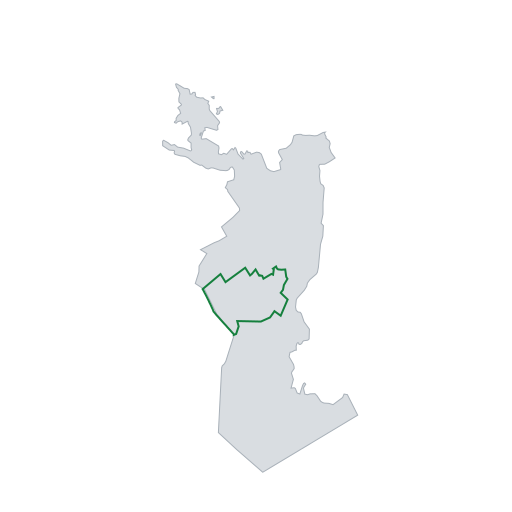 Uchkuduk, Navoi, Uzbekistan (highlighted), rotated 239°
{"feature_id": "79887680B40306907655933", "entity_name": "Uchkuduk", "entity_type": "district", "adm_level": 2, "iso_a3": "UZB", "parent_name": "Uzbekistan", "parent_adm1": "Navoi", "projection": "mercator", "projection_center": [63.246, 42.277], "detail": "fine", "context": "in_parent", "style": "outline", "palette": "green", "viewbox_px": 512, "rotation_deg": 239, "n_neighbors": 0, "source": "geoboundaries", "source_scale": "gbopen_adm2", "svg_char_len": 4877}
<svg xmlns="http://www.w3.org/2000/svg" viewBox="0 0 512 512"><g transform="rotate(239 256 256)"><path d="M391.5,236.2L398.6,232.8L402.5,235.1L402.8,236.4L398.5,238.9L394.6,240.3L393.5,243.5L389.7,244.9L385.8,249.4L379.8,253.9L379.7,254.8L380.2,255.6L382.2,256.1L386.2,258.5L390.0,257.1L390.9,257.5L391.9,258.9L393.0,262.9L394.7,264.0L400.2,266.2L404.4,266.2L406.4,267.0L406.8,266.6L407.1,260.6L408.8,261.6L410.7,260.9L411.4,257.9L411.0,255.9L412.4,254.8L413.1,255.5L413.2,257.3L415.2,258.5L416.7,261.5L417.1,264.9L420.9,265.8L422.3,265.2L423.4,265.5L423.9,269.9L424.5,270.2L427.8,269.3L430.9,271.1L434.3,274.4L438.1,274.6L438.9,275.2L441.6,274.7L444.7,275.6L444.8,276.1L444.3,276.8L436.8,280.8L434.7,283.5L433.1,284.4L428.6,282.9L427.9,284.6L428.7,286.2L427.7,288.0L425.4,287.3L424.9,286.5L422.7,286.9L420.1,289.7L418.8,292.1L416.4,292.8L413.0,295.2L411.6,293.3L409.2,293.5L406.1,291.6L404.5,291.3L390.2,293.8L389.0,293.4L387.5,290.2L384.0,288.5L384.1,286.9L391.5,280.2L392.3,278.2L389.8,277.1L390.2,275.3L385.5,269.9L384.6,269.6L384.0,269.8L382.2,273.8L369.5,280.6L367.6,279.9L364.7,277.4L362.9,276.5L360.6,278.6L360.7,281.2L358.3,283.2L360.5,290.1L360.3,291.0L358.6,291.3L359.8,293.9L358.8,294.2L352.7,293.1L345.7,294.7L345.9,295.8L352.2,295.6L353.0,296.1L353.2,297.0L352.8,297.5L349.5,298.1L349.1,299.2L350.9,302.2L350.1,302.9L348.9,302.3L348.0,304.2L345.8,304.2L344.7,310.0L342.9,312.1L340.6,313.0L325.6,310.4L321.7,312.2L319.1,314.8L317.5,321.2L317.6,321.9L324.0,324.4L325.1,328.2L332.8,328.5L334.1,329.1L334.7,330.1L335.0,331.2L332.8,337.4L333.7,342.9L334.9,345.5L339.5,350.3L339.3,352.9L338.2,355.3L337.0,357.3L335.6,358.2L333.7,360.8L332.0,364.0L328.8,368.1L327.7,370.5L327.3,377.2L326.5,379.2L326.3,378.4L325.2,377.7L321.8,377.4L321.2,376.6L316.8,378.1L314.1,377.4L311.3,374.7L306.0,373.7L299.3,374.3L299.0,367.3L299.3,362.2L301.6,358.1L301.6,357.3L300.4,355.9L296.3,354.8L291.6,351.5L287.1,349.4L284.6,348.7L281.8,349.9L279.2,349.5L267.5,341.1L257.4,335.0L250.6,328.7L247.3,329.4L238.6,323.5L232.9,317.4L214.1,303.6L210.4,300.2L209.5,298.5L208.0,290.0L206.3,286.1L203.9,283.9L201.8,279.8L198.7,269.7L197.6,267.9L191.9,263.6L188.7,262.5L186.3,263.2L185.0,264.9L183.1,265.1L174.8,263.3L165.8,264.1L157.7,258.9L157.2,258.1L157.3,256.7L158.8,253.2L158.5,251.7L157.4,250.1L157.4,248.3L158.1,247.4L159.6,247.7L160.2,247.1L160.0,246.1L158.1,244.0L154.5,242.0L155.2,240.7L155.3,237.3L155.9,235.6L155.4,235.0L152.6,232.5L143.7,232.3L141.5,231.6L139.8,230.7L138.1,226.9L137.2,226.0L131.0,224.5L124.7,218.0L123.4,220.9L122.2,221.5L117.4,220.7L115.1,222.5L120.9,229.1L122.2,231.1L122.2,232.3L120.5,232.6L118.9,229.4L118.0,228.5L112.4,226.7L110.5,228.8L110.0,231.3L107.6,235.6L104.8,236.3L98.1,236.6L96.1,237.6L94.8,238.7L92.2,242.5L88.9,245.5L90.1,257.4L92.3,260.4L90.1,262.9L67.2,261.2L67.2,150.4L100.2,139.7L124.0,132.8L177.9,169.0L179.2,170.4L179.9,173.4L181.3,175.9L199.5,196.5L226.3,192.4L253.5,194.7L263.7,189.8L271.7,198.8L276.7,202.0L283.4,215.1L290.0,211.7L288.9,227.2L288.1,231.9L288.0,241.1L298.7,241.4L301.0,256.1L303.4,265.4L305.7,266.5L325.9,265.1L327.5,265.8L330.4,264.9L332.2,267.8L334.3,269.8L332.8,276.2L335.3,278.7L340.9,281.7L344.4,281.6L345.0,280.5L344.8,279.0L344.0,277.4L344.1,275.6L344.6,274.2L348.0,269.4L353.5,264.6L354.7,262.9L355.2,259.9L357.2,258.2L361.9,256.3L362.6,254.7L368.4,250.9L374.9,248.5L377.9,246.5L380.8,242.8L384.9,238.9L386.5,238.9L387.7,240.1L388.6,240.2L391.5,236.2ZM390.1,272.5L389.4,270.6L388.4,269.9L387.9,270.2L389.5,272.5L390.1,272.5ZM402.3,302.6L398.0,302.6L398.8,299.8L397.2,298.4L396.9,297.0L397.3,295.7L398.3,295.3L399.6,297.3L402.8,298.2L401.7,300.1L402.5,302.2L402.3,302.6ZM415.2,299.7L414.4,302.2L412.5,301.1L412.8,300.5L415.2,299.7Z" fill="#d9dde1" stroke="#a8b0b8" stroke-width="1"/><path d="M229.4,274.1L231.2,270.6L231.9,269.7L233.1,268.1L234.5,267.5L236.7,267.8L236.4,264.0L235.3,264.3L231.2,261.0L232.7,260.0L232.7,250.7L235.8,251.1L237.4,249.5L237.1,249.2L237.5,248.6L244.7,248.7L242.8,243.4L242.4,240.9L251.5,240.7L249.3,216.4L258.8,216.3L255.1,193.2L254.3,193.2L254.0,193.2L252.0,193.1L251.7,193.1L251.4,193.0L250.9,193.0L250.7,193.0L248.6,192.9L248.2,192.9L247.5,192.8L247.3,192.8L247.0,192.8L244.9,192.6L244.6,192.6L243.6,192.5L241.8,192.4L240.7,192.2L237.9,192.0L235.1,191.7L234.6,191.6L233.2,191.5L231.8,191.3L230.3,191.0L230.1,191.0L229.9,191.1L227.2,191.5L226.3,191.6L224.2,192.0L223.8,192.1L221.7,192.5L221.4,192.6L220.4,192.7L219.6,192.9L217.4,193.3L215.9,193.6L213.9,194.0L213.1,194.2L212.6,194.3L210.5,194.7L210.3,194.7L209.2,194.9L208.9,195.0L207.2,195.3L206.8,195.4L206.1,195.6L204.7,195.8L203.8,196.0L202.7,196.2L200.4,196.7L200.0,196.7L199.8,196.5L199.4,198.8L204.6,204.9L209.9,206.4L203.1,217.2L197.3,226.4L196.1,236.4L198.8,242.6L199.2,243.4L192.1,246.4L202.4,260.7L211.7,258.2L213.1,261.7L216.8,265.0L220.2,271.2L222.6,271.2L229.4,274.1Z" fill="none" stroke="#15803d" stroke-width="2"/></g></svg>